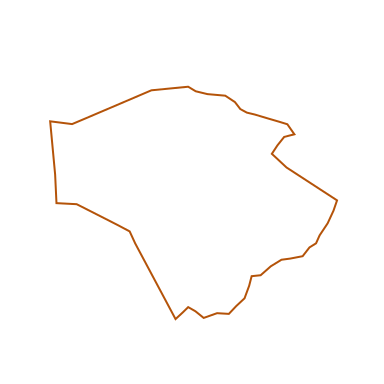 outline of Pedro Régis, Paraíba, Brazil, rotated 334°
{"feature_id": "56859067B44809734962782", "entity_name": "Pedro Régis", "entity_type": "district", "adm_level": 2, "iso_a3": "BRA", "parent_name": "Brazil", "parent_adm1": "Paraíba", "projection": "albers", "projection_center": [-35.282, -6.668], "detail": "fine", "context": "isolated", "style": "outline", "palette": "amber", "viewbox_px": 384, "rotation_deg": 334, "n_neighbors": 0, "source": "geoboundaries", "source_scale": "gbopen_adm2", "svg_char_len": 756}
<svg xmlns="http://www.w3.org/2000/svg" viewBox="0 0 384 384"><g transform="rotate(334 192 192)"><path d="M318.7,263.1L287.7,211.4L280.5,192.7L289.3,187.5L299.0,182.9L309.3,185.0L307.4,172.9L301.3,167.2L291.3,158.1L282.4,149.9L276.1,144.7L271.8,138.7L270.0,130.0L264.1,120.0L248.8,110.8L239.5,103.1L234.7,95.7L200.1,82.8L128.8,79.2L114.0,78.4L95.5,66.3L76.6,116.4L71.0,129.4L65.3,142.6L83.0,152.4L110.7,189.1L118.7,200.1L118.4,213.3L121.5,299.0L130.9,296.2L138.1,293.8L142.8,300.7L147.3,310.3L161.4,311.9L171.7,317.7L181.8,313.9L192.6,310.6L202.3,301.3L208.7,293.8L217.2,296.9L230.3,293.3L242.7,292.1L251.1,294.9L263.3,298.2L273.3,293.3L281.0,292.5L287.7,286.9L300.2,279.6L311.0,270.8L318.7,263.1Z" fill="none" stroke="#b45309" stroke-width="2"/></g></svg>